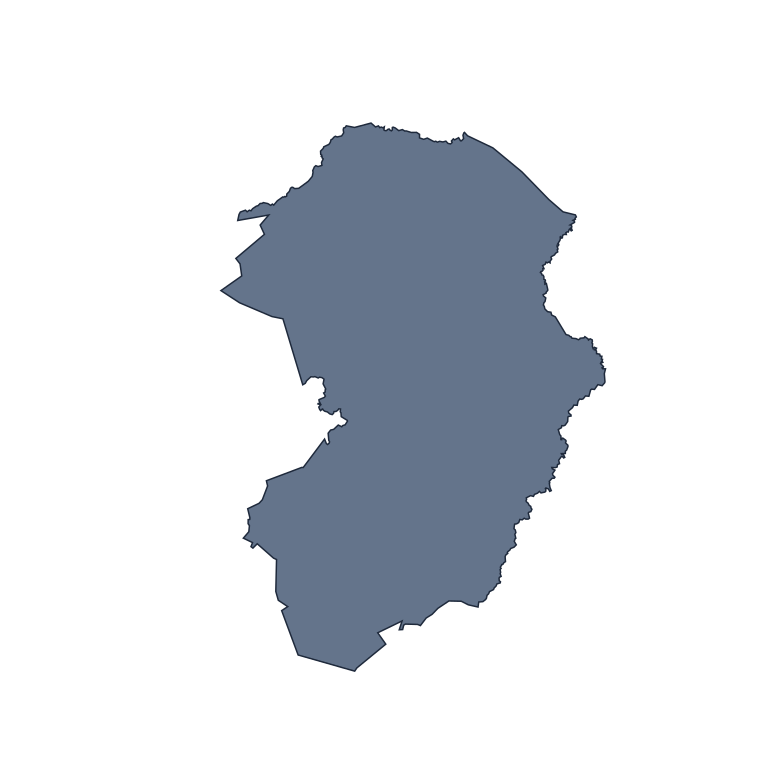 outline of Pueblo Nuevo, Durango, Mexico, rotated 224°
{"feature_id": "50627088B37596930660354", "entity_name": "Pueblo Nuevo", "entity_type": "district", "adm_level": 2, "iso_a3": "MEX", "parent_name": "Mexico", "parent_adm1": "Durango", "projection": "robinson", "projection_center": [-105.379, 23.455], "detail": "fine", "context": "isolated", "style": "filled", "palette": "slate", "viewbox_px": 768, "rotation_deg": 224, "n_neighbors": 0, "source": "geoboundaries", "source_scale": "gbopen_adm2", "svg_char_len": 6171}
<svg xmlns="http://www.w3.org/2000/svg" viewBox="0 0 768 768"><g transform="rotate(224 384 384)"><path d="M257.5,129.4L205.6,157.1L206.3,160.9L202.0,198.1L215.7,200.7L206.4,226.1L202.3,217.8L200.0,220.3L202.3,224.2L201.9,226.1L192.8,234.4L190.0,235.5L191.1,245.0L189.4,251.8L189.4,260.1L186.6,273.0L177.5,281.4L170.0,283.7L161.4,288.9L164.4,293.0L161.7,296.1L161.2,299.4L161.4,300.9L163.1,303.6L163.0,305.8L163.9,307.9L162.4,312.2L163.1,313.9L163.0,316.4L163.9,318.6L162.2,321.7L162.9,322.7L164.4,322.5L166.3,324.2L166.7,325.1L166.1,327.0L168.7,328.3L169.3,329.6L171.6,331.2L171.7,332.7L172.7,332.8L173.4,333.8L173.3,335.1L173.9,335.9L173.2,337.3L173.7,338.8L173.2,340.6L177.0,344.0L177.6,345.6L177.3,348.1L178.2,348.4L178.5,349.3L178.1,351.8L178.6,353.7L177.1,356.9L177.1,360.2L181.0,361.3L182.2,363.9L182.0,364.6L185.5,366.8L185.9,368.7L188.2,370.2L190.0,370.2L192.7,373.9L191.4,375.6L190.8,377.9L192.2,380.9L190.2,382.3L189.9,384.8L188.3,385.2L186.4,387.0L186.1,388.6L190.6,391.4L190.7,392.4L189.7,394.2L190.6,396.7L192.0,396.9L193.4,397.9L195.4,397.6L197.6,398.4L199.7,398.2L200.8,398.7L201.2,400.0L202.6,401.0L201.0,405.5L198.4,407.0L199.1,409.1L197.7,412.1L197.6,414.7L195.4,414.7L193.2,418.0L193.1,419.1L194.1,420.4L195.3,420.9L195.3,421.7L192.8,422.7L190.2,421.9L189.6,423.5L192.8,424.9L196.2,427.5L196.1,428.1L197.5,428.8L197.6,432.9L196.1,434.5L196.3,435.7L199.1,435.7L200.5,436.5L201.2,440.8L204.0,439.9L205.3,440.5L202.7,442.8L201.8,444.5L203.2,446.6L202.4,448.6L205.4,450.5L206.0,455.2L205.7,455.8L203.4,455.6L203.0,456.8L206.3,458.1L207.5,456.9L208.1,457.1L205.3,460.0L206.9,461.7L206.7,463.3L208.2,466.8L209.2,467.7L212.5,467.7L213.4,469.5L214.4,469.8L217.8,469.3L218.3,468.6L217.5,467.4L218.2,466.9L220.6,469.5L222.5,469.7L227.0,472.3L226.0,475.8L227.2,477.5L225.7,478.7L225.1,480.3L225.8,484.6L228.7,487.9L228.8,488.6L227.2,490.9L228.1,491.7L230.8,491.4L232.5,492.6L232.0,497.9L232.8,500.7L230.2,502.9L232.5,506.5L232.8,509.1L231.1,510.3L230.4,511.8L230.8,515.3L228.1,517.5L231.3,523.4L231.0,524.6L228.8,526.3L229.7,532.1L225.9,534.3L226.1,538.2L226.6,539.1L232.7,544.5L235.2,548.8L237.4,546.8L238.4,547.1L237.9,548.4L238.2,549.0L242.5,549.1L243.0,550.8L242.0,550.7L241.6,551.6L243.0,551.9L243.9,553.5L244.9,552.9L246.5,555.3L247.8,554.3L249.6,555.3L252.2,553.5L253.9,555.2L255.0,555.5L256.3,554.9L255.6,556.1L256.0,557.4L258.2,556.5L257.9,555.6L258.6,554.9L260.1,555.7L261.9,557.9L263.0,558.0L263.8,559.6L265.0,560.4L267.1,559.7L267.5,557.7L268.5,558.2L272.4,557.6L272.2,556.1L274.7,553.2L274.4,552.4L274.9,550.9L277.5,550.0L280.6,547.5L282.3,548.0L283.0,547.4L284.9,547.4L287.4,546.0L307.4,551.3L311.3,550.1L313.8,551.6L316.5,549.7L317.5,549.7L320.6,549.8L322.6,551.2L324.2,551.5L325.5,553.7L325.4,555.1L327.4,558.3L330.4,558.1L331.6,558.8L330.5,562.0L331.1,562.6L331.2,565.0L331.8,565.7L337.0,569.1L337.6,567.6L338.3,568.3L338.1,568.9L339.4,569.0L339.4,570.3L340.5,570.9L341.6,570.3L343.6,572.3L345.1,572.8L346.2,572.2L347.6,573.1L348.9,572.8L349.3,573.8L348.6,575.0L348.6,576.2L349.8,577.2L349.0,578.1L352.2,579.4L351.2,582.0L352.1,584.2L350.7,584.5L350.3,586.1L348.7,586.5L349.8,587.6L350.2,590.4L351.7,590.9L352.1,591.8L351.0,595.3L351.4,597.2L350.8,599.7L352.7,601.0L352.6,602.0L355.4,603.4L354.6,604.5L355.0,605.6L355.6,605.9L356.3,605.3L357.3,609.7L358.4,611.4L359.4,612.1L359.3,612.7L357.6,612.3L357.2,613.0L358.8,615.1L358.1,617.0L356.7,618.2L358.3,619.2L357.9,620.7L357.0,621.3L358.1,623.8L357.4,624.5L355.7,624.2L355.4,625.3L357.1,626.1L358.0,625.5L357.9,627.3L358.6,628.0L359.6,628.3L360.6,627.7L359.2,632.6L360.1,633.4L361.8,633.0L360.8,635.4L361.7,635.8L361.7,637.8L363.8,638.6L374.8,632.2L393.5,631.2L432.2,632.4L469.7,629.5L496.3,620.6L500.9,620.9L501.0,620.1L500.0,617.8L497.2,615.8L497.2,612.8L497.9,612.1L501.4,613.0L502.8,608.7L504.4,608.5L504.3,605.6L502.9,605.2L502.7,604.3L502.9,602.9L505.2,601.5L508.2,601.7L509.8,599.0L512.6,597.2L513.6,595.0L515.4,594.6L516.1,593.3L517.2,592.8L523.7,591.0L525.4,587.6L529.4,585.7L531.9,588.3L535.4,587.6L539.1,583.9L543.8,581.5L544.8,580.4L547.5,579.8L549.4,576.5L553.8,576.0L555.9,575.1L556.2,574.3L554.5,572.5L554.5,571.3L555.8,570.8L557.5,571.0L558.2,569.6L558.2,568.1L559.2,567.0L560.6,566.7L562.4,569.2L562.7,567.6L564.5,566.9L565.1,565.5L567.3,565.8L568.7,563.0L574.6,562.7L583.4,548.1L590.5,543.5L590.1,541.7L590.9,540.1L589.9,538.5L587.5,536.7L586.8,533.0L589.3,529.2L591.1,528.4L591.5,526.5L591.3,524.3L591.8,523.0L590.5,520.5L590.1,518.1L592.1,512.8L591.4,511.3L591.4,507.4L589.0,505.2L587.7,505.4L587.2,504.1L586.2,504.4L585.6,503.7L584.1,503.7L582.8,499.9L580.5,498.1L582.5,494.6L584.7,493.7L584.9,491.8L583.5,488.0L582.1,487.0L579.8,483.5L579.3,477.2L581.3,465.5L584.0,462.5L586.3,462.1L587.1,461.2L587.2,459.7L585.9,456.8L585.9,453.2L584.5,451.5L585.0,450.1L585.6,450.0L586.0,448.7L586.8,448.2L588.0,441.7L587.6,436.1L589.3,435.9L589.6,433.8L592.9,433.1L596.9,430.6L597.0,429.5L598.5,427.8L598.5,424.8L599.4,423.2L600.3,418.9L600.0,416.2L601.6,415.5L602.1,412.8L604.4,412.8L606.8,407.9L606.1,405.3L602.8,400.0L584.3,425.5L583.5,412.3L574.0,408.6L577.8,371.4L571.0,370.4L561.4,362.9L566.2,337.9L544.3,342.1L511.4,354.7L502.0,360.7L441.9,327.0L441.1,329.8L441.9,332.7L441.6,338.4L439.4,340.3L438.9,341.3L435.5,342.6L435.1,344.1L433.0,345.5L430.5,345.8L427.9,341.8L422.4,339.9L422.3,339.0L420.8,337.4L421.2,335.6L417.8,334.6L417.6,333.0L419.9,327.6L419.0,326.7L415.7,325.5L417.8,324.4L417.7,323.8L415.1,325.0L414.9,322.1L412.6,321.0L411.1,320.8L411.0,323.2L410.6,323.4L409.5,323.0L407.6,323.3L405.3,324.6L402.3,324.8L400.0,326.0L399.9,327.8L400.8,329.5L399.5,330.8L399.0,332.8L399.3,334.7L397.9,335.8L396.2,333.6L395.0,333.4L392.1,330.8L385.2,332.3L384.5,332.0L383.6,327.6L384.8,325.5L384.7,323.9L388.4,322.7L388.7,316.4L390.4,313.8L390.0,309.8L384.6,305.1L383.0,304.6L382.4,303.5L382.5,301.3L384.1,301.1L388.5,303.1L384.1,267.8L385.2,266.9L401.4,232.7L396.9,229.8L391.1,216.2L391.0,211.4L395.4,199.6L387.4,194.5L386.5,193.3L387.5,192.1L384.7,189.1L382.4,188.6L378.6,183.8L378.1,175.4L368.4,178.6L366.7,174.6L364.3,174.9L364.2,181.0L342.5,182.0L339.4,183.1L317.7,159.6L309.8,155.0L298.6,157.0L300.2,149.9L257.5,129.4Z" fill="#64748b" stroke="#1e293b" stroke-width="1.5"/></g></svg>